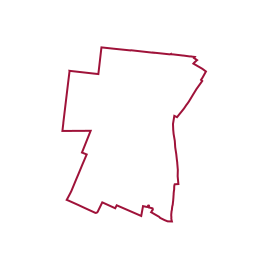 Corabia, Romania (Albers equal-area conic projection), rotated 292°
{"feature_id": "2599482B61415675017913", "entity_name": "Corabia", "entity_type": "district", "adm_level": 2, "iso_a3": "ROU", "parent_name": "Romania", "parent_adm1": "", "projection": "albers", "projection_center": [24.472, 43.795], "detail": "fine", "context": "isolated", "style": "outline", "palette": "rose", "viewbox_px": 256, "rotation_deg": 292, "n_neighbors": 0, "source": "geoboundaries", "source_scale": "gbopen_adm2", "svg_char_len": 2486}
<svg xmlns="http://www.w3.org/2000/svg" viewBox="0 0 256 256"><g transform="rotate(292 128 128)"><path d="M212.7,140.0L212.4,139.7L212.0,139.2L211.8,138.7L210.5,134.1L207.5,123.6L207.4,123.7L207.0,122.4L201.2,101.6L200.9,101.4L200.7,100.7L196.0,84.5L192.8,73.2L189.8,74.0L178.2,77.2L166.9,80.3L165.4,75.0L164.9,73.2L159.4,53.5L159.1,52.3L158.8,52.5L158.1,52.7L156.2,53.2L150.2,54.8L108.5,66.1L108.3,66.2L100.7,68.3L111.4,94.4L93.5,94.5L88.0,94.5L88.0,99.6L82.4,99.5L77.6,99.4L66.2,99.3L61.0,99.2L60.3,99.2L48.5,99.1L45.8,98.9L41.1,98.4L38.4,98.1L38.4,100.0L38.0,110.8L37.9,112.5L37.6,118.2L37.1,129.3L37.1,129.7L37.2,129.9L37.4,130.2L37.6,130.5L37.9,130.8L38.2,131.0L38.7,131.2L39.2,131.3L40.9,131.4L49.4,132.0L49.4,132.6L48.8,146.2L52.1,146.5L51.7,162.1L51.4,173.2L61.2,171.2L61.8,174.7L62.1,175.8L62.4,176.0L62.8,175.9L63.5,175.7L63.7,175.8L63.8,176.1L63.9,176.3L63.9,176.5L63.6,176.7L63.3,176.7L63.2,176.7L62.6,176.8L62.4,176.9L62.2,176.9L62.1,177.0L62.2,177.5L62.4,178.7L62.7,180.8L62.2,181.3L61.8,181.5L61.5,181.6L61.2,181.5L60.8,181.4L60.5,181.2L59.9,181.2L59.4,181.2L58.6,181.0L58.1,184.4L57.3,190.2L56.7,191.4L56.5,193.9L56.3,196.4L56.3,199.7L57.4,202.7L57.8,203.7L58.6,203.1L59.4,202.6L60.2,202.1L61.1,201.8L62.2,201.3L63.2,200.8L64.6,200.3L65.7,200.0L67.0,199.6L68.3,199.4L69.1,199.2L70.0,198.9L71.2,198.6L72.0,198.4L72.6,198.3L73.1,198.3L73.5,198.2L74.3,198.0L75.0,197.8L76.0,197.5L77.2,197.2L78.2,196.9L79.1,196.6L80.1,196.3L81.0,196.0L81.9,195.7L82.8,195.4L83.8,195.1L84.5,194.8L85.3,194.6L85.5,194.5L86.3,194.3L87.1,194.1L87.9,193.9L88.7,193.7L89.4,193.4L90.2,193.1L91.0,192.8L91.7,192.6L92.2,192.5L93.3,192.4L94.9,195.7L101.9,192.1L107.8,189.9L113.9,186.8L114.2,186.7L114.4,186.6L115.8,185.8L116.0,185.7L116.5,185.4L121.9,182.5L127.8,179.0L133.6,176.2L139.6,172.5L142.9,170.8L143.2,170.6L143.3,170.6L148.6,168.2L156.6,166.4L156.4,169.4L167.0,172.6L171.7,173.6L172.0,173.7L172.2,173.8L175.2,174.5L183.3,175.8L189.8,176.9L199.4,179.2L200.0,177.7L201.0,177.9L202.4,178.2L209.6,179.1L210.7,174.9L210.9,173.6L211.3,170.9L211.5,169.2L211.7,168.1L212.0,165.9L212.1,165.2L212.2,164.5L213.1,164.8L214.2,165.3L214.8,165.6L215.4,165.9L216.1,166.2L216.8,166.6L217.3,164.4L217.6,163.0L218.9,163.3L218.1,160.4L218.0,159.7L217.9,159.4L217.6,158.8L217.5,158.5L217.1,156.9L216.0,152.5L215.7,151.6L214.6,147.5L213.9,145.0L213.2,142.4L213.1,142.2L213.0,141.8L212.8,141.2L212.7,141.0L212.7,140.9L212.4,140.1L212.5,140.1L212.7,140.0Z" fill="none" stroke="#9f1239" stroke-width="2"/></g></svg>